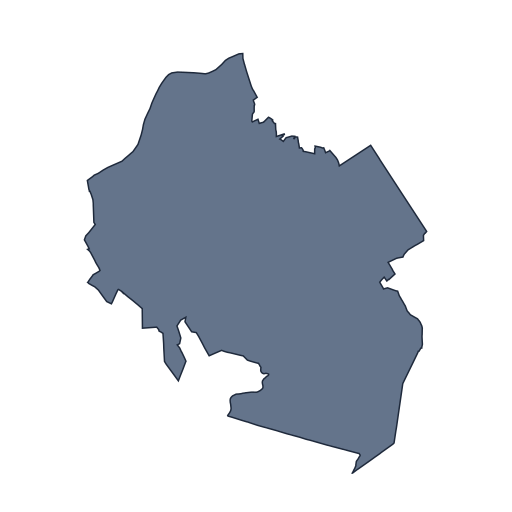 Ogresgala pag., Ogre, Latvia, rotated 100°
{"feature_id": "27541924B67173140256681", "entity_name": "Ogresgala pag.", "entity_type": "district", "adm_level": 2, "iso_a3": "LVA", "parent_name": "Latvia", "parent_adm1": "Ogre", "projection": "orthographic", "projection_center": [24.724, 56.804], "detail": "fine", "context": "isolated", "style": "filled", "palette": "slate", "viewbox_px": 512, "rotation_deg": 100, "n_neighbors": 0, "source": "geoboundaries", "source_scale": "gbopen_adm2", "svg_char_len": 5833}
<svg xmlns="http://www.w3.org/2000/svg" viewBox="0 0 512 512"><g transform="rotate(100 256 256)"><path d="M321.4,78.9L320.0,78.4L319.0,78.0L318.1,77.7L317.9,76.8L316.9,76.9L314.0,76.8L311.5,77.4L309.8,77.8L307.6,78.3L306.1,78.6L304.2,78.8L301.6,79.2L299.7,79.5L298.2,79.7L296.9,80.2L295.7,80.8L294.5,81.7L293.4,82.4L292.8,82.8L291.6,84.0L290.8,85.0L289.9,85.9L289.6,86.6L289.1,88.1L287.2,93.4L286.9,94.0L285.5,95.5L284.5,96.8L283.7,97.7L279.3,100.3L277.7,101.7L274.9,104.0L273.5,105.3L271.8,106.6L271.0,107.4L270.1,108.1L266.0,110.4L266.0,112.1L265.6,114.6L264.5,120.9L265.1,122.2L266.3,124.7L265.9,124.9L264.0,126.5L261.3,128.8L260.3,129.6L260.1,129.5L257.4,128.0L254.6,126.1L257.9,122.8L256.0,121.4L256.1,121.0L249.6,116.0L246.1,119.2L245.6,119.3L245.0,119.9L239.3,124.8L233.9,117.3L233.2,115.7L231.8,111.9L231.6,111.3L231.6,111.2L228.6,110.4L223.5,107.3L218.1,101.2L216.4,99.0L211.7,93.6L206.6,94.7L205.1,94.1L204.1,93.5L204.1,93.3L202.2,92.2L168.5,123.8L139.6,150.8L138.7,151.5L127.1,162.3L152.8,189.6L151.0,190.3L149.6,191.0L148.3,191.8L147.6,192.2L147.0,192.7L146.7,192.9L146.7,193.0L145.8,193.8L145.1,194.4L144.0,195.8L139.3,201.6L139.7,201.8L142.0,205.1L142.2,205.4L139.9,206.7L137.7,208.1L138.1,209.0L137.7,211.2L137.5,216.9L139.2,216.4L140.3,216.8L145.1,216.0L144.7,225.4L144.7,226.8L144.8,227.5L144.7,227.7L143.7,227.9L142.3,229.1L141.5,230.0L142.1,232.0L138.9,233.1L138.3,233.3L136.5,234.1L135.3,234.4L131.7,235.7L131.9,238.1L133.7,238.6L133.7,239.1L131.4,238.7L131.7,241.6L133.4,245.0L134.2,246.8L134.6,247.1L138.4,249.0L136.7,252.5L136.7,252.8L136.5,252.7L133.4,250.2L132.8,251.0L131.5,249.2L130.9,249.5L134.8,256.7L132.9,257.0L130.6,257.5L130.0,257.7L128.1,258.5L122.2,259.8L122.3,260.8L120.0,263.5L119.2,263.1L118.7,263.9L118.4,264.5L118.1,265.2L117.6,266.4L117.4,267.0L117.2,267.8L121.5,270.8L121.8,271.0L122.6,271.7L122.9,271.7L124.3,274.8L124.5,274.9L124.5,275.0L124.9,275.8L121.0,277.8L124.6,282.9L123.9,283.5L123.6,283.6L117.4,284.1L116.8,284.1L116.5,284.0L114.6,283.0L114.3,282.9L112.7,283.1L110.7,283.5L108.5,283.8L108.4,283.8L108.1,283.8L108.0,283.7L107.9,283.7L107.8,283.8L107.6,283.7L107.4,283.7L107.1,283.6L106.6,283.8L106.3,283.9L106.1,284.0L105.9,284.1L105.3,284.5L104.8,284.8L104.6,284.9L104.4,285.0L104.0,285.3L102.8,285.7L101.7,284.5L100.1,283.0L99.5,282.4L99.4,282.5L93.4,287.3L92.7,288.1L90.3,289.7L89.1,290.4L76.0,297.3L70.7,299.9L69.6,300.4L69.2,300.7L63.7,303.2L58.9,304.2L59.9,307.9L61.6,310.5L63.8,313.8L65.9,317.1L68.7,320.1L73.3,323.0L79.5,327.9L81.9,331.2L84.1,334.5L85.4,337.5L85.7,342.0L86.3,348.6L87.5,357.9L88.5,365.2L90.3,370.7L92.5,373.5L95.7,375.7L102.4,378.9L102.7,379.0L106.8,380.6L110.5,381.6L113.2,382.5L119.0,384.0L123.5,385.1L129.3,386.0L133.7,387.3L140.5,389.1L146.2,389.7L151.2,389.7L156.7,390.1L166.6,391.6L174.6,395.3L176.5,396.9L179.0,398.9L182.7,402.0L185.9,404.4L191.7,413.1L194.6,417.4L197.9,421.4L202.0,425.7L204.5,429.4L206.2,430.7L210.9,435.2L219.2,432.2L219.9,431.9L220.1,431.6L221.2,431.3L221.1,430.8L223.9,429.0L228.8,426.4L232.4,425.4L234.6,425.0L236.4,424.6L250.0,421.7L251.0,421.5L252.9,419.8L262.0,424.7L265.7,427.1L269.9,427.8L275.7,423.1L277.9,421.5L278.7,423.0L280.1,420.7L281.4,419.4L288.6,413.8L289.4,413.3L290.6,412.4L292.0,411.2L295.4,408.2L295.5,408.3L297.3,407.1L298.2,407.7L301.3,411.3L301.5,411.6L302.8,413.2L303.9,413.6L306.6,415.0L307.0,415.2L307.1,415.3L307.3,415.4L311.2,417.1L311.2,416.9L312.0,416.1L312.2,415.6L313.3,412.6L314.0,410.5L314.0,410.4L314.3,409.5L316.9,405.3L321.9,400.2L326.8,395.1L328.2,390.1L325.9,389.4L317.0,387.2L315.7,386.8L314.4,386.5L313.0,386.0L312.9,385.9L312.8,385.7L312.8,385.4L313.9,382.8L314.4,382.0L315.3,380.8L314.9,380.9L318.3,375.2L321.5,369.2L323.5,365.8L324.3,364.3L327.6,358.9L346.8,355.3L343.3,341.4L345.4,339.0L346.7,338.5L347.0,337.7L347.3,336.6L348.3,334.2L351.5,333.4L358.5,331.7L362.8,330.8L375.7,327.8L378.1,325.7L386.9,316.5L392.4,310.8L386.3,309.6L380.1,308.3L372.0,306.8L371.8,306.7L370.6,307.5L368.4,309.0L366.7,310.2L364.9,311.5L363.6,312.4L363.6,312.6L359.8,315.2L357.2,318.1L355.6,316.0L349.8,315.8L343.5,319.0L338.6,321.7L332.2,319.0L328.5,314.5L333.1,314.5L341.8,306.2L341.8,301.5L345.2,298.5L351.7,293.4L355.3,290.7L362.4,284.8L359.1,279.9L354.9,273.5L355.3,271.4L355.5,270.2L355.8,267.2L355.8,265.2L355.9,263.3L356.5,254.2L356.6,251.2L359.9,246.6L360.1,246.0L360.5,243.3L361.0,238.7L361.3,235.3L361.2,234.9L361.9,234.4L362.0,234.2L362.6,233.7L363.4,233.2L364.8,231.8L366.3,231.7L366.8,231.6L367.3,231.6L368.1,231.4L368.6,231.2L369.7,230.3L370.3,229.3L370.6,228.1L370.4,227.2L369.9,226.2L369.8,225.3L369.9,223.7L370.2,223.0L371.0,223.0L371.6,223.3L372.0,223.6L372.8,224.7L374.3,225.7L375.6,226.9L377.9,227.9L379.2,227.9L380.6,227.5L382.7,226.6L384.4,226.3L385.5,226.6L387.7,228.4L389.5,230.7L390.1,232.0L390.8,236.5L391.2,238.0L392.6,242.7L393.0,243.6L393.4,245.1L393.9,246.1L394.3,247.1L394.6,248.1L394.9,249.1L395.5,251.6L396.0,252.3L396.7,253.2L397.6,254.5L397.8,254.7L398.4,255.2L399.3,255.8L399.9,256.1L401.2,256.5L402.7,256.4L404.7,255.9L406.2,255.3L407.5,254.9L410.2,254.1L411.4,254.0L412.9,254.1L415.3,254.9L417.1,255.8L418.0,256.2L418.5,255.8L419.0,251.1L420.3,241.5L420.9,236.3L420.9,235.4L421.3,233.1L422.5,225.0L424.2,207.3L425.7,194.7L426.9,181.2L427.7,175.4L427.9,173.3L428.0,171.1L429.9,153.0L431.0,139.6L432.6,120.8L432.5,120.3L433.8,119.0L434.3,118.8L434.5,118.8L436.3,119.6L438.1,120.2L440.8,121.5L441.2,121.5L444.3,121.4L445.4,121.2L445.9,121.4L447.2,121.7L448.1,121.9L449.5,122.4L451.4,122.9L453.1,123.5L453.1,123.4L453.0,123.2L452.9,123.1L448.7,119.2L448.1,118.5L436.3,106.8L433.6,104.2L429.0,99.6L428.6,99.3L427.6,98.4L417.8,88.8L417.1,88.2L416.4,87.7L415.9,87.6L403.8,87.9L400.9,87.9L385.2,88.4L362.3,89.1L356.6,89.3L356.2,89.3L355.8,89.2L353.3,88.5L333.1,82.7L324.6,80.3L322.3,79.7L321.7,79.7L321.4,78.9Z" fill="#64748b" stroke="#1e293b" stroke-width="1.5"/></g></svg>